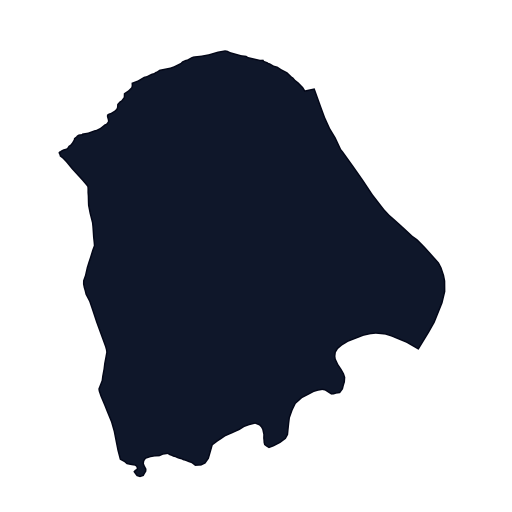 Oussouye, Ziguinchor, Senegal, rotated 84°
{"feature_id": "50182788B11051302290888", "entity_name": "Oussouye", "entity_type": "district", "adm_level": 2, "iso_a3": "SEN", "parent_name": "Senegal", "parent_adm1": "Ziguinchor", "projection": "mercator", "projection_center": [-16.597, 12.494], "detail": "fine", "context": "isolated", "style": "filled", "palette": "ink", "viewbox_px": 512, "rotation_deg": 84, "n_neighbors": 0, "source": "geoboundaries", "source_scale": "gbopen_adm2", "svg_char_len": 3555}
<svg xmlns="http://www.w3.org/2000/svg" viewBox="0 0 512 512"><g transform="rotate(84 256 256)"><path d="M96.1,180.7L96.5,184.5L97.1,190.3L93.5,192.0L88.4,196.0L85.4,199.1L82.8,200.9L82.0,202.0L77.1,206.1L73.4,211.7L70.5,215.2L69.1,218.8L66.5,222.3L65.7,224.2L65.1,224.6L63.3,228.2L62.2,228.6L62.0,231.6L57.9,243.4L56.5,245.1L55.4,249.9L51.1,260.7L49.5,263.2L48.9,265.3L49.4,272.5L51.1,281.8L51.7,289.4L51.7,297.0L52.1,298.9L54.1,303.6L54.3,305.5L55.4,308.8L56.7,310.3L59.4,317.6L60.3,321.3L61.3,332.3L62.8,335.0L63.1,336.4L64.1,338.1L64.4,340.4L66.4,345.9L66.7,348.4L69.7,354.9L71.3,361.0L73.9,361.2L75.7,361.8L78.5,365.3L80.9,369.8L84.6,370.3L87.9,373.4L88.5,374.9L90.8,377.5L94.0,378.1L95.7,379.1L97.3,381.2L99.2,385.2L99.6,387.3L100.4,388.8L101.8,389.0L105.4,388.4L107.2,388.6L109.1,390.4L109.7,391.4L109.8,392.3L113.0,397.3L114.6,401.6L114.7,403.2L116.4,410.0L116.7,415.5L117.3,415.6L117.3,419.4L118.1,421.1L118.9,421.8L120.3,424.1L121.5,424.4L124.4,426.5L126.5,428.6L127.4,430.4L129.4,432.0L130.0,433.2L130.5,436.3L131.4,438.6L132.4,439.9L132.1,440.0L132.2,440.4L132.8,440.9L135.0,440.1L136.0,440.1L138.3,437.7L142.3,434.6L149.9,429.6L162.5,420.3L167.2,417.1L169.3,415.8L171.7,415.9L175.4,416.3L178.8,416.4L185.0,416.9L188.1,417.1L196.1,416.4L205.8,415.0L209.2,415.0L212.5,415.1L219.9,415.4L225.4,415.4L228.9,415.5L233.1,417.6L240.4,420.7L245.0,422.8L249.9,424.9L257.6,427.5L262.6,429.9L265.9,430.3L269.3,430.0L272.5,429.4L276.3,428.9L283.6,426.0L292.9,423.9L304.9,421.3L330.4,414.9L333.5,414.4L336.1,414.3L338.1,414.9L341.2,415.8L347.2,417.6L352.5,418.8L359.6,420.9L363.9,421.9L371.8,426.0L373.9,425.9L379.2,424.7L389.1,421.7L394.5,420.2L405.8,416.9L415.5,415.2L424.7,414.4L434.7,413.5L443.9,412.1L446.7,408.0L448.0,406.8L448.9,406.0L449.7,403.6L450.3,401.6L450.4,401.3L451.2,398.1L452.2,396.9L453.1,396.3L455.0,396.1L456.0,396.8L456.6,398.3L457.8,399.6L461.1,397.7L461.9,397.2L462.5,395.8L463.1,394.4L462.4,391.1L460.9,390.1L458.4,388.2L456.4,387.9L452.9,389.3L450.6,389.9L447.8,389.1L445.5,387.1L444.4,382.1L444.1,377.8L444.4,373.1L443.8,371.2L443.2,369.4L443.0,364.4L443.4,363.8L444.5,362.4L445.4,360.4L446.3,359.1L447.0,357.0L448.0,355.4L448.6,354.3L449.2,352.8L450.0,350.7L450.4,350.2L450.9,349.5L451.4,348.0L452.1,346.5L452.7,345.5L453.0,344.8L453.5,344.0L454.0,342.7L454.4,342.0L454.7,341.3L456.6,339.3L457.7,338.2L457.9,333.9L458.0,332.6L456.5,328.4L452.2,324.6L442.1,320.5L441.5,320.3L439.1,319.3L437.5,316.6L435.8,313.8L433.7,309.7L431.5,305.7L428.8,297.2L426.6,290.6L424.2,285.8L422.9,280.6L422.0,274.3L424.3,270.0L426.5,268.3L428.9,267.3L434.3,266.7L437.9,267.2L440.1,267.2L442.2,267.3L444.4,267.0L446.0,265.3L447.7,263.1L446.5,258.5L443.8,251.6L440.4,245.9L436.8,243.4L430.5,242.1L425.3,241.0L420.2,239.8L413.1,236.4L411.9,235.7L406.6,232.4L401.5,225.3L398.7,218.1L396.6,212.9L395.8,208.5L395.5,204.0L396.4,201.1L401.0,195.4L401.1,193.2L400.6,190.8L400.5,187.1L397.1,184.0L393.5,182.7L390.5,181.4L386.0,180.6L382.3,181.4L377.7,183.4L372.6,186.1L366.8,188.1L363.9,188.2L359.9,187.3L356.5,184.7L353.4,180.2L350.3,173.7L345.9,157.6L345.1,150.6L345.1,144.9L347.0,135.5L349.5,129.7L353.9,121.6L357.3,115.3L362.5,108.1L365.3,104.3L349.9,92.5L340.5,85.8L322.0,76.0L311.0,72.1L300.6,71.1L294.9,71.6L287.2,73.3L282.1,75.3L275.1,80.3L264.9,87.7L257.0,94.0L256.9,94.1L252.6,98.9L245.4,105.1L236.0,113.5L229.4,119.6L223.4,124.1L207.2,134.1L192.6,141.7L177.6,150.0L161.6,159.1L161.0,159.5L159.0,160.8L158.7,160.9L146.8,165.0L137.0,169.6L125.6,173.4L112.9,176.6L101.4,179.4L96.1,180.7Z" fill="#0f172a" stroke="#020617" stroke-width="1.5"/></g></svg>